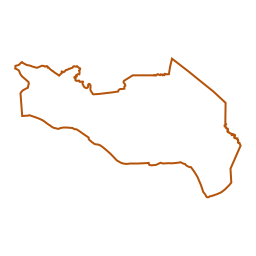 the district of Pakxane, Bolikhamxai, Laos
{"feature_id": "54806243B37917799339304", "entity_name": "Pakxane", "entity_type": "district", "adm_level": 2, "iso_a3": "LAO", "parent_name": "Laos", "parent_adm1": "Bolikhamxai", "projection": "mercator", "projection_center": [103.742, 18.405], "detail": "fine", "context": "isolated", "style": "outline", "palette": "amber", "viewbox_px": 256, "rotation_deg": 0, "n_neighbors": 0, "source": "geoboundaries", "source_scale": "gbopen_adm2", "svg_char_len": 5219}
<svg xmlns="http://www.w3.org/2000/svg" viewBox="0 0 256 256"><path d="M21.7,61.4L21.8,62.0L19.2,64.6L18.1,65.2L16.3,65.6L15.4,65.9L15.4,67.0L15.5,68.5L15.4,68.6L17.2,69.4L18.8,70.5L19.4,71.7L20.2,73.8L21.8,76.2L27.4,81.0L28.5,82.1L28.7,83.1L28.8,84.1L28.7,84.6L28.3,85.2L28.2,85.4L28.1,86.9L27.8,87.8L26.5,88.3L24.6,89.4L23.0,90.2L21.6,91.6L20.5,93.2L22.2,116.0L28.3,115.6L29.3,115.2L35.3,117.2L39.0,118.6L42.3,120.1L43.9,121.1L46.1,122.8L48.9,124.8L50.3,125.6L50.9,126.2L52.8,127.4L53.8,127.8L57.9,128.8L58.4,128.9L58.8,128.8L59.0,128.7L59.9,128.2L63.3,127.5L68.0,127.6L69.7,127.8L72.6,128.0L73.2,128.5L74.3,129.1L75.0,129.2L76.5,129.3L79.5,131.2L83.4,134.0L88.7,137.6L88.6,138.3L88.8,139.3L89.6,140.1L91.9,142.1L94.3,143.8L95.3,144.2L96.2,144.4L97.1,144.4L98.6,144.7L100.5,145.5L102.7,147.1L106.7,150.4L110.6,153.9L116.8,160.4L121.0,162.8L122.8,163.4L124.8,163.8L127.6,163.9L129.9,163.5L138.2,163.5L146.6,163.1L148.7,162.9L149.0,164.5L149.4,164.9L150.4,165.2L152.1,165.3L156.2,164.8L156.9,164.5L160.4,162.8L161.4,163.0L162.9,163.5L168.2,163.2L172.5,163.3L178.0,162.7L179.7,162.5L180.5,162.2L182.9,163.4L184.2,163.9L185.0,164.0L186.3,165.5L187.7,166.3L189.6,167.1L190.9,167.1L192.1,168.7L194.6,172.2L197.5,177.0L201.0,185.2L203.3,192.1L205.3,194.5L206.2,196.5L207.3,197.3L208.6,197.2L209.8,196.3L211.3,196.1L217.0,194.2L221.4,192.2L225.1,189.3L228.8,185.6L231.3,182.6L230.5,168.7L240.6,145.6L239.8,144.1L239.7,143.3L239.5,142.9L239.3,142.8L239.2,142.8L239.3,143.2L239.2,143.3L238.6,143.0L238.2,142.8L238.0,142.5L238.0,142.3L238.1,142.1L238.1,141.9L238.2,141.6L238.0,141.3L238.0,141.2L238.0,140.9L238.2,140.7L238.1,140.1L237.9,139.9L237.9,139.6L237.7,139.4L237.3,139.4L237.2,139.3L237.2,139.1L237.4,138.9L237.4,138.7L237.1,138.8L236.8,138.6L236.7,138.5L236.8,138.3L236.6,138.2L236.0,138.2L235.4,138.4L235.1,138.3L234.8,138.1L234.8,137.4L234.6,137.3L234.3,137.4L234.2,137.4L234.2,137.2L234.4,137.0L234.3,136.7L234.4,136.4L234.9,136.0L235.1,135.6L235.1,135.4L234.8,134.8L234.6,134.7L234.2,134.8L233.9,134.7L233.5,134.4L233.3,134.3L233.1,134.6L232.9,135.1L232.4,135.1L233.0,134.3L233.0,134.2L232.1,134.0L231.9,134.2L231.8,134.5L231.6,134.6L231.4,134.4L231.3,134.2L231.1,133.9L230.8,133.4L230.3,133.2L229.6,133.2L229.4,133.1L228.9,132.3L228.2,132.2L227.9,132.1L227.5,131.7L227.5,131.3L227.6,131.1L227.9,131.0L228.0,130.9L228.1,130.7L227.9,130.2L227.4,129.9L227.5,129.6L227.9,129.3L228.0,129.1L227.9,128.9L227.8,128.7L227.2,128.7L226.9,128.5L226.7,128.4L226.5,128.1L226.1,128.1L225.9,127.8L226.1,127.4L225.9,127.1L225.8,126.9L225.4,126.7L225.3,126.4L224.8,126.4L224.7,126.4L224.6,126.2L224.8,125.7L224.6,125.3L224.6,125.2L224.8,125.1L225.5,125.0L226.1,124.5L226.2,124.3L225.6,123.4L225.3,123.2L225.6,102.9L213.5,91.6L199.3,80.2L189.1,71.9L172.0,58.7L170.0,67.1L168.9,74.2L167.4,74.2L167.0,74.4L166.4,74.2L166.0,74.3L165.6,74.0L165.3,73.9L165.2,73.9L165.0,74.1L164.7,74.0L164.6,74.3L164.2,74.5L164.4,74.8L164.3,75.1L163.8,75.0L163.5,75.1L163.4,75.0L163.1,75.1L163.1,74.8L163.2,74.7L162.9,74.5L162.0,74.7L161.7,74.7L160.9,74.4L160.7,74.9L160.6,75.1L160.2,75.1L159.9,75.1L159.8,74.9L159.0,74.6L158.8,74.6L158.7,74.5L158.4,74.5L157.9,74.2L157.7,74.4L157.3,74.4L157.1,74.7L156.9,74.9L156.5,74.9L156.2,75.0L155.7,75.3L155.7,75.5L155.4,75.5L155.1,75.1L154.9,75.0L154.2,75.1L153.9,75.4L153.5,75.2L153.1,75.4L152.9,75.3L132.8,75.3L124.0,80.8L123.5,81.9L123.8,82.8L124.8,84.0L125.2,84.6L125.3,85.8L124.7,86.1L124.3,86.7L124.4,88.6L123.6,88.9L120.2,89.0L118.9,89.8L118.4,90.5L118.2,91.5L112.9,92.3L105.3,93.2L98.5,94.0L93.4,94.3L92.8,94.1L92.7,94.0L92.7,93.7L92.2,92.8L92.0,92.6L91.8,92.5L91.2,91.5L90.6,90.3L90.4,89.8L90.4,88.6L90.4,87.9L90.5,87.6L90.6,85.6L89.8,84.3L89.6,84.0L89.1,83.9L88.8,84.0L88.4,84.3L88.2,84.7L88.1,86.9L87.7,87.4L87.1,87.9L86.7,88.1L86.2,88.1L85.1,87.5L84.9,87.5L84.6,87.4L83.8,86.5L83.6,86.3L83.6,86.0L83.6,85.8L83.1,84.8L82.5,84.0L82.5,83.6L82.5,83.1L82.7,82.5L83.1,82.0L83.0,81.7L82.9,81.6L82.6,81.6L80.9,81.7L80.1,81.9L79.9,81.9L79.4,81.6L79.3,81.3L79.3,80.8L79.1,80.6L78.6,80.6L76.9,80.9L76.5,80.9L75.8,80.5L75.4,80.1L75.3,79.9L75.7,78.8L75.7,78.7L75.5,78.4L74.4,77.8L74.4,77.5L74.4,77.1L74.5,77.0L74.9,76.8L75.2,76.7L76.4,76.7L76.7,76.5L76.9,76.2L76.8,75.8L76.2,75.6L76.1,75.3L76.2,75.2L76.7,75.0L77.0,74.7L77.5,74.4L78.2,74.1L78.5,74.1L79.1,74.3L79.3,74.3L79.6,72.8L79.5,72.0L79.5,71.5L79.1,70.9L79.0,70.6L79.1,70.4L79.8,69.9L80.0,69.6L80.2,68.6L80.1,68.4L79.2,68.1L78.5,67.4L77.8,67.0L77.5,66.6L77.1,66.2L76.6,66.2L76.2,66.6L75.7,66.7L75.3,66.6L74.1,66.2L73.7,66.3L73.4,66.6L73.2,66.6L73.0,66.8L72.6,67.6L72.0,67.9L70.1,68.5L69.4,68.9L68.6,68.9L68.1,69.4L67.3,69.8L66.6,69.9L65.9,70.0L65.6,70.5L64.8,71.3L64.2,71.7L64.0,72.0L63.7,72.1L63.2,72.1L62.7,71.8L62.3,71.6L61.9,71.4L61.7,71.5L61.6,71.8L61.6,72.8L61.7,73.0L61.7,73.3L60.7,73.9L60.4,74.2L60.1,74.7L59.8,75.0L59.1,75.6L57.8,74.6L56.2,73.6L55.7,73.2L55.0,72.8L53.9,72.0L53.1,71.2L52.3,70.9L51.1,69.9L50.6,69.5L50.0,69.1L49.8,68.9L49.6,68.6L49.2,68.3L48.9,67.8L48.3,67.5L47.8,67.7L47.7,67.6L47.6,67.3L47.6,66.5L47.5,66.4L47.1,66.2L46.6,66.1L46.1,66.1L45.5,66.5L45.3,66.6L44.4,66.4L44.1,66.2L43.8,65.9L43.4,65.9L42.6,65.8L41.8,65.8L37.0,67.8L32.5,66.6L30.0,65.6L26.8,65.0L22.5,62.8L21.7,61.4Z" fill="none" stroke="#b45309" stroke-width="2"/></svg>